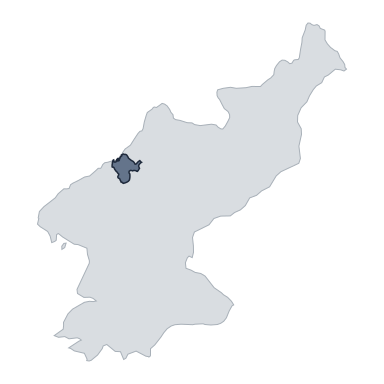 location of Wiwon, Chagang-do, North Korea
{"feature_id": "82179303B10108678790042", "entity_name": "Wiwon", "entity_type": "district", "adm_level": 2, "iso_a3": "PRK", "parent_name": "North Korea", "parent_adm1": "Chagang-do", "projection": "mercator", "projection_center": [126.021, 40.774], "detail": "fine", "context": "in_parent", "style": "filled", "palette": "slate", "viewbox_px": 384, "rotation_deg": 0, "n_neighbors": 0, "source": "geoboundaries", "source_scale": "gbopen_adm2", "svg_char_len": 5594}
<svg xmlns="http://www.w3.org/2000/svg" viewBox="0 0 384 384"><path d="M233.7,304.9L232.0,305.9L229.1,311.1L226.4,317.8L223.7,321.3L220.7,323.3L217.4,324.5L210.9,325.0L205.0,324.5L203.1,323.8L195.0,324.2L192.7,324.7L181.1,324.2L175.0,324.7L171.2,326.0L167.2,328.7L163.8,332.7L160.9,337.1L154.8,344.9L150.5,348.7L150.5,354.2L150.4,355.9L148.9,357.1L148.4,356.6L145.9,356.2L136.1,351.1L127.9,354.2L125.9,358.2L123.7,359.5L120.5,351.7L115.2,351.4L106.8,344.5L103.2,345.9L102.2,348.7L97.6,355.0L91.2,360.3L89.1,361.0L86.7,360.6L87.1,359.2L84.4,353.3L74.3,350.9L70.6,348.4L68.7,347.9L78.7,341.3L81.3,340.1L79.4,338.6L77.2,337.8L69.0,338.8L64.8,336.6L58.5,337.3L54.2,335.6L63.2,329.2L63.6,325.3L63.5,322.4L68.0,313.8L72.6,309.1L84.4,302.3L89.5,301.3L93.3,301.6L96.3,301.0L93.1,298.4L90.0,297.2L83.9,297.4L77.5,293.5L77.0,289.4L89.3,263.2L89.4,260.8L87.5,254.4L86.9,248.2L78.1,244.6L74.2,244.2L62.8,237.1L58.3,233.5L56.6,234.6L56.2,240.3L54.6,241.5L51.7,242.6L50.2,236.2L47.7,231.5L40.2,226.7L37.5,224.1L38.8,218.4L38.2,217.9L39.4,211.5L44.0,206.6L55.3,197.8L58.2,193.7L63.9,188.8L66.5,188.9L69.1,188.5L69.9,186.4L70.6,184.7L72.8,183.2L78.3,180.5L84.6,177.0L89.6,176.0L95.7,170.7L98.2,168.3L100.7,168.3L101.4,167.3L102.8,164.5L104.8,162.7L107.5,162.3L111.9,161.0L117.5,160.2L121.3,155.8L122.6,152.6L125.1,149.0L130.4,145.2L134.0,139.5L138.1,133.3L140.0,131.3L141.9,130.9L143.1,128.6L144.3,122.0L146.2,115.5L147.3,112.5L152.0,109.2L153.2,107.6L154.2,107.0L156.4,107.5L159.3,105.5L162.1,103.4L164.6,104.1L167.1,105.9L169.7,109.5L170.9,112.3L173.0,114.7L173.4,118.1L175.5,119.6L180.0,120.4L187.2,122.7L192.0,122.9L194.6,124.6L200.3,125.6L211.5,124.2L216.1,125.0L218.1,127.2L220.9,128.9L222.8,129.0L225.3,126.0L227.9,121.3L229.7,117.6L229.6,114.7L228.1,111.6L224.3,108.6L221.9,104.1L219.6,99.5L218.2,97.9L217.1,95.7L216.9,92.2L217.7,89.8L223.3,88.3L230.5,87.3L236.3,88.3L246.0,87.7L252.0,86.4L256.4,86.5L260.5,86.5L262.3,84.5L268.0,79.7L270.7,78.0L273.8,74.7L274.2,71.2L274.8,68.5L276.5,65.5L279.5,61.8L282.1,60.1L284.9,60.3L287.9,62.0L289.7,63.7L291.9,63.2L293.7,60.3L294.8,59.8L298.2,59.5L299.3,57.8L300.6,49.2L301.9,42.5L302.2,37.8L305.2,30.0L306.2,25.2L308.0,23.0L310.1,23.2L311.8,24.6L314.0,25.4L317.0,24.6L319.0,25.8L320.3,28.4L324.7,30.1L325.1,31.4L325.0,39.9L327.4,43.9L330.5,47.4L334.9,50.7L337.2,51.4L338.6,53.8L340.0,57.8L343.1,61.7L344.7,64.5L345.0,67.5L346.5,69.1L344.0,71.0L340.7,69.8L335.3,69.2L328.3,75.0L324.4,77.0L321.7,82.7L316.3,86.0L313.3,89.6L309.5,95.8L306.9,101.8L301.1,107.8L297.7,115.5L297.5,122.0L301.2,128.7L301.5,134.4L298.9,146.1L300.4,158.5L298.8,163.3L280.9,171.7L276.2,175.9L269.6,186.8L261.6,190.9L256.6,195.3L249.7,197.9L245.3,205.6L240.4,209.9L234.6,212.5L230.3,215.9L220.7,216.1L213.9,218.5L209.0,224.8L194.4,232.0L192.5,237.5L193.4,245.9L193.5,252.3L192.2,257.6L189.0,256.1L187.3,257.9L185.4,262.7L186.0,268.3L191.0,270.1L195.1,272.4L200.8,273.5L205.1,276.1L214.1,287.7L221.5,292.8L223.4,294.7L227.6,297.3L231.5,301.3L233.7,304.9ZM64.7,247.6L61.9,249.4L61.8,246.2L63.9,243.4L66.1,243.1L64.7,247.6Z" fill="#d9dde1" stroke="#a8b0b8" stroke-width="1"/><path d="M116.9,171.9L117.9,173.3L118.7,174.0L118.7,174.7L118.3,175.6L117.8,176.7L118.0,177.7L118.5,178.1L119.3,178.6L119.9,179.1L120.2,180.2L120.7,181.0L121.1,182.1L121.8,182.1L122.6,183.0L123.5,183.1L123.6,183.3L125.3,182.8L127.0,182.1L128.4,181.2L129.4,180.0L129.7,178.6L129.9,177.0L129.9,175.3L129.8,173.9L129.1,173.0L129.0,172.1L129.2,171.2L130.4,170.4L131.6,170.5L132.7,170.9L133.5,170.5L134.3,170.4L134.7,170.5L136.0,170.7L136.6,171.2L137.4,171.4L137.7,171.1L137.9,170.7L138.4,170.2L139.0,169.1L139.5,168.4L139.0,167.2L138.7,166.5L138.7,165.6L139.1,164.6L140.3,163.2L141.5,162.3L141.1,162.1L139.8,160.6L138.3,161.6L136.2,163.9L135.6,164.2L135.1,164.2L134.6,163.3L134.2,162.6L133.4,161.6L132.6,161.1L131.3,160.4L130.2,159.5L129.6,159.1L128.8,158.4L128.3,157.9L128.2,157.4L127.7,156.5L127.1,155.6L126.6,154.9L125.6,154.4L124.2,154.4L123.4,154.0L123.1,154.0L122.5,154.4L121.4,155.0L121.5,155.3L121.5,155.5L121.8,155.6L121.8,155.8L121.7,155.9L121.6,156.0L121.4,156.2L121.3,156.3L121.2,156.3L120.9,156.3L120.7,156.4L120.5,156.5L120.4,156.5L120.3,156.8L120.4,157.0L120.4,157.3L120.4,157.5L120.2,157.7L120.1,157.8L119.9,157.9L119.8,158.0L119.7,158.0L119.6,158.3L119.7,158.5L119.8,158.7L119.8,158.8L119.7,158.9L119.6,159.0L119.4,159.0L119.2,158.9L119.0,158.7L118.9,158.7L118.7,158.5L118.6,158.4L118.3,158.4L118.2,158.4L117.9,158.4L117.8,158.5L117.7,158.6L117.5,158.8L117.4,158.9L117.3,159.0L117.2,159.1L117.1,159.3L116.9,159.4L116.9,159.5L116.7,159.7L116.7,159.8L116.7,160.0L116.8,160.1L117.0,160.1L117.3,160.0L117.3,159.9L117.5,159.8L117.6,159.7L117.8,159.5L117.9,159.4L118.0,159.4L118.0,159.5L118.3,159.6L118.5,159.7L118.7,159.8L118.8,159.9L118.9,160.0L119.0,160.1L119.1,160.3L119.2,160.5L118.9,160.7L118.7,160.8L118.4,160.7L118.2,160.7L118.0,160.8L117.9,160.9L117.8,161.0L117.7,161.0L117.4,161.0L117.4,160.9L117.2,160.8L117.1,160.7L116.9,160.5L116.9,160.4L116.7,160.4L116.4,160.5L116.3,160.8L116.2,161.0L116.3,161.2L116.3,161.3L116.2,161.5L116.0,161.8L115.9,161.8L115.7,161.9L115.6,162.0L115.4,162.0L115.2,162.0L114.9,162.1L114.7,162.1L114.3,162.0L114.3,161.9L114.2,161.9L113.9,161.8L113.9,161.7L113.7,161.6L113.6,161.4L113.5,161.2L113.4,161.1L113.4,160.9L113.5,160.9L113.6,160.7L113.7,160.4L113.8,160.3L113.8,160.2L113.7,159.9L113.5,160.0L113.4,160.0L113.4,160.3L113.3,160.5L113.2,160.6L113.0,160.8L112.9,160.8L112.4,162.3L112.4,163.5L112.2,164.2L112.1,165.3L112.1,166.9L112.7,167.2L113.5,167.2L114.0,167.7L114.6,169.1L115.8,170.9L116.3,171.4L116.9,171.9Z" fill="#64748b" stroke="#1e293b" stroke-width="1.5"/></svg>